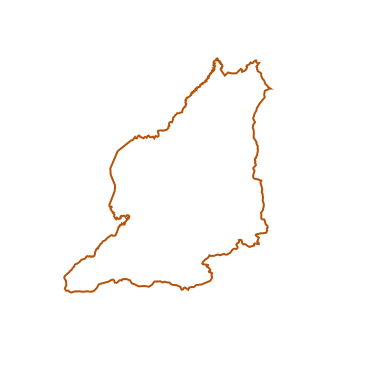 outline of Renacimiento, Chiriquí, Panama, rotated 208°
{"feature_id": "35544464B69135506248692", "entity_name": "Renacimiento", "entity_type": "district", "adm_level": 2, "iso_a3": "PAN", "parent_name": "Panama", "parent_adm1": "Chiriquí", "projection": "natural_earth1", "projection_center": [-82.783, 8.748], "detail": "fine", "context": "isolated", "style": "outline", "palette": "amber", "viewbox_px": 384, "rotation_deg": 208, "n_neighbors": 0, "source": "geoboundaries", "source_scale": "gbopen_adm2", "svg_char_len": 6087}
<svg xmlns="http://www.w3.org/2000/svg" viewBox="0 0 384 384"><g transform="rotate(208 192 192)"><path d="M259.1,47.2L257.0,45.7L255.0,46.8L253.3,46.4L251.4,46.5L249.2,48.9L247.9,49.5L247.7,50.0L246.0,50.6L244.5,51.7L242.0,52.4L237.4,55.4L235.2,56.1L233.7,57.0L232.3,58.4L231.6,60.4L230.9,63.4L231.0,66.2L230.5,67.2L223.7,73.6L222.2,76.1L220.9,77.4L220.1,77.6L219.3,77.3L217.6,75.8L216.1,76.3L215.5,77.1L214.6,80.0L213.5,80.7L212.5,80.8L212.4,82.4L209.2,84.3L205.4,84.9L202.1,83.0L199.5,83.6L194.8,83.6L190.0,86.6L185.5,88.2L183.8,91.1L183.1,95.3L177.8,98.3L175.3,98.4L174.2,99.9L170.8,100.7L169.3,101.5L167.8,100.9L165.7,100.9L161.7,102.5L157.6,102.8L155.8,101.1L155.2,100.9L154.2,101.8L154.2,103.1L153.7,104.2L151.4,104.3L150.4,103.9L149.5,103.9L149.5,106.2L149.2,106.7L147.7,108.0L145.8,108.8L144.6,111.8L140.1,114.9L134.5,121.7L134.0,123.5L134.1,126.3L135.5,127.2L136.2,129.7L136.7,129.9L138.9,129.3L139.6,129.5L139.8,130.1L139.0,131.1L139.3,131.9L141.7,132.9L143.3,133.0L143.3,133.9L144.2,133.7L144.0,135.0L148.8,133.3L149.4,133.7L149.5,135.6L148.4,139.1L147.6,140.0L146.7,142.8L146.9,144.3L145.4,144.4L142.7,145.9L139.9,148.9L137.5,149.3L134.7,152.4L132.8,152.5L131.6,153.3L129.7,156.5L129.2,159.9L128.6,161.2L128.1,161.8L126.3,162.4L125.8,162.9L125.5,164.1L125.8,164.7L128.1,166.3L128.1,167.7L126.9,169.7L127.1,170.5L128.1,171.5L127.6,171.9L126.3,172.6L125.5,172.6L123.9,170.6L122.1,169.8L120.9,170.8L120.0,171.0L118.1,170.5L115.5,170.5L112.1,173.8L112.8,175.2L112.5,176.0L108.6,177.3L109.2,178.3L111.1,178.8L111.5,183.0L115.2,183.6L115.6,184.2L115.1,185.0L111.4,188.2L110.3,188.6L107.2,191.1L107.5,193.0L108.8,195.3L108.5,196.3L109.7,197.6L111.8,198.1L114.9,201.5L115.5,201.6L117.2,200.8L118.1,201.0L118.7,201.6L120.0,204.4L121.3,206.1L120.9,209.1L122.1,213.6L123.2,215.3L125.7,217.8L127.0,221.2L127.8,221.8L128.7,223.3L130.3,224.5L131.0,226.8L131.9,228.3L135.8,232.1L136.2,234.6L137.4,234.2L139.2,234.3L143.1,233.0L144.3,233.4L145.6,234.7L146.9,240.3L148.7,241.2L149.1,241.8L148.2,245.7L149.0,246.8L149.9,247.1L150.5,248.4L150.4,248.9L151.1,249.3L152.0,250.7L151.6,251.6L151.9,252.0L151.6,252.8L152.0,253.7L151.7,254.7L153.5,260.0L154.6,261.3L155.3,263.2L157.8,264.9L158.4,266.3L163.1,268.9L165.3,273.6L167.1,276.2L168.1,276.7L168.5,277.4L169.5,280.0L169.1,283.2L172.5,285.5L173.5,290.3L173.4,294.3L174.1,296.1L174.1,297.1L173.8,302.2L172.2,309.8L174.1,312.0L174.6,314.0L175.2,315.2L175.0,316.0L173.8,317.1L172.3,319.5L171.3,320.1L174.0,320.3L175.1,321.1L177.7,321.7L180.9,324.5L182.1,324.7L185.0,326.5L186.6,329.2L189.5,329.6L190.6,329.5L191.2,330.4L192.1,330.7L192.7,332.3L194.0,332.9L193.4,337.3L194.5,336.6L195.6,336.6L196.1,336.8L197.0,338.3L197.8,337.9L198.5,336.4L199.0,334.2L199.4,333.9L200.9,334.0L201.2,333.3L201.3,331.6L202.8,329.7L203.0,328.6L202.0,328.2L201.8,327.7L201.8,325.2L202.5,323.5L204.2,321.6L205.5,323.5L206.7,323.6L208.6,317.6L212.5,315.4L216.2,314.5L217.7,310.2L224.0,313.4L224.6,314.5L223.8,315.2L224.5,316.8L224.2,317.4L225.2,318.5L226.2,318.8L226.7,318.5L227.1,319.0L227.6,319.0L227.7,319.9L228.6,320.4L229.1,319.8L230.9,321.0L231.2,320.2L231.6,320.0L231.8,320.4L231.6,321.0L232.4,321.2L232.1,322.4L232.9,321.2L233.1,319.2L233.9,317.8L233.8,316.5L233.0,316.4L232.8,315.8L232.3,316.0L232.4,315.4L233.0,315.3L232.6,314.0L231.5,314.5L230.8,314.1L231.3,313.4L230.8,312.9L230.9,312.3L230.3,312.0L230.2,311.5L231.0,311.2L230.1,310.7L230.6,310.3L230.1,309.8L230.6,309.5L230.4,309.0L231.0,309.0L231.3,308.7L230.4,308.3L230.9,308.0L230.6,307.2L231.2,306.4L230.8,305.7L231.6,305.0L231.2,304.1L231.6,303.0L231.3,302.2L232.0,301.8L231.8,300.8L231.3,300.7L231.4,300.2L231.0,300.0L231.8,298.9L231.6,298.1L232.0,297.8L232.4,296.7L231.5,296.3L232.1,295.8L232.1,295.0L232.7,294.6L233.0,293.8L233.6,293.5L233.4,292.6L234.0,292.7L234.3,291.5L234.9,291.0L234.7,290.5L234.9,290.0L234.6,289.7L234.4,288.8L235.2,287.8L235.7,287.7L236.4,286.9L236.1,286.0L236.9,285.9L237.0,284.9L236.4,284.3L237.3,284.3L237.0,282.6L237.6,282.3L237.1,281.7L238.5,280.6L237.9,279.9L238.9,279.1L238.5,278.6L238.8,278.0L238.2,277.3L239.4,274.6L240.9,272.7L240.5,272.2L240.7,271.7L240.5,271.0L241.0,270.6L240.8,269.6L240.0,269.3L239.8,267.8L238.5,267.2L238.6,266.6L238.2,266.2L238.3,264.8L237.9,264.2L238.6,263.4L238.5,262.9L239.0,262.2L238.8,259.8L238.2,257.8L240.0,256.2L240.4,255.5L242.2,254.4L242.2,253.4L243.0,251.7L243.0,250.3L243.5,248.7L242.6,246.0L242.4,244.0L243.5,243.9L244.6,242.8L243.8,240.4L243.0,239.7L243.6,238.8L242.9,237.4L243.5,235.2L246.4,232.4L247.3,232.5L247.8,231.9L248.7,231.7L250.7,230.1L250.6,229.4L248.6,227.3L247.8,225.7L248.3,224.6L250.4,224.3L250.5,221.6L252.4,222.6L253.4,221.4L254.7,220.8L256.8,221.4L257.6,220.5L257.5,218.7L259.4,218.6L260.2,216.6L263.5,216.5L265.2,217.1L265.8,216.6L266.0,213.4L266.7,213.3L268.1,213.9L268.8,209.9L270.0,208.9L276.8,193.2L275.2,174.5L271.9,169.1L262.9,161.6L260.7,156.4L258.8,141.3L257.7,140.5L256.5,141.2L255.9,141.1L255.7,140.6L256.2,139.2L255.7,138.5L252.7,137.1L251.6,137.1L251.9,136.4L249.9,135.8L249.5,134.1L248.9,133.5L246.4,132.3L245.9,132.4L246.1,134.0L245.3,133.7L243.9,133.9L243.5,134.8L242.7,135.1L242.6,135.6L243.6,136.9L243.3,137.7L242.3,138.0L240.6,139.3L239.0,138.9L238.4,140.9L237.8,141.4L236.0,141.2L235.7,140.7L236.0,140.1L235.6,139.3L236.3,139.0L235.9,138.3L237.1,137.6L236.4,137.1L236.3,136.6L236.8,134.2L237.6,133.1L237.4,132.7L237.0,133.3L236.6,133.1L236.4,131.5L237.0,131.3L237.7,132.0L238.3,131.1L239.1,131.2L238.7,130.3L239.2,130.0L239.2,129.4L240.0,129.0L240.2,128.0L239.7,127.2L240.4,126.4L239.8,124.0L239.8,123.0L239.3,121.6L239.5,120.3L239.2,117.6L241.2,116.3L242.5,116.3L243.2,115.7L245.1,111.8L246.0,108.5L247.7,106.4L247.6,104.8L248.4,103.0L248.6,99.7L248.9,99.3L248.3,98.2L248.6,97.7L249.4,97.5L249.6,97.2L249.3,92.7L248.5,91.6L248.4,89.5L249.1,88.5L250.3,88.1L250.7,87.3L252.1,87.4L253.1,86.4L254.3,86.3L254.9,85.3L255.0,83.6L255.4,82.6L257.8,80.3L258.6,77.1L259.8,74.8L260.9,73.7L261.4,72.3L261.1,70.7L261.7,68.9L261.8,66.5L262.6,65.0L262.7,63.5L263.6,61.6L264.8,58.2L264.8,56.9L264.3,56.0L261.7,54.4L260.5,52.9L259.1,50.3L259.1,47.2Z" fill="none" stroke="#b45309" stroke-width="2"/></g></svg>